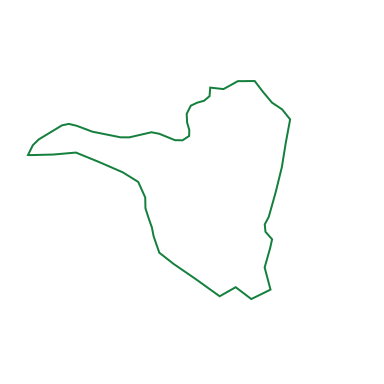 outline of Samux, rotated 329°
{"feature_id": "AZE-1686", "entity_name": "Samux", "entity_type": "District", "adm_level": 1, "iso_a3": "AZE", "parent_name": "Azerbaijan", "parent_adm1": "", "projection": "mercator", "projection_center": [46.434, 40.941], "detail": "fine", "context": "isolated", "style": "outline", "palette": "green", "viewbox_px": 384, "rotation_deg": 329, "n_neighbors": 0, "source": "natural_earth", "source_scale": "10m", "svg_char_len": 835}
<svg xmlns="http://www.w3.org/2000/svg" viewBox="0 0 384 384"><g transform="rotate(329 192 192)"><path d="M249.3,120.0L256.4,118.9L261.4,111.9L272.0,120.0L288.4,120.6L302.9,129.2L304.4,142.6L306.6,156.6L311.8,167.6L313.5,180.3L297.4,198.5L281.7,217.1L263.4,235.5L244.8,253.0L237.7,257.2L234.5,263.9L236.3,273.8L229.9,280.5L215.4,294.1L209.0,316.1L187.7,314.3L180.4,296.1L162.0,295.6L149.9,267.6L139.1,244.0L132.7,227.2L136.3,210.2L139.3,201.9L141.1,193.2L143.7,182.0L149.1,172.6L151.1,155.7L142.8,139.5L128.1,118.9L112.8,98.4L92.5,88.5L72.4,77.1L70.5,75.8L79.7,69.9L87.8,68.0L114.9,67.9L121.5,70.2L127.2,75.8L137.7,89.0L159.0,108.4L166.5,112.9L188.0,119.9L193.9,125.2L204.1,138.8L210.5,142.8L218.4,142.5L221.6,137.5L223.6,129.9L227.7,122.3L235.4,117.4L242.4,118.1L249.3,120.0Z" fill="none" stroke="#15803d" stroke-width="2"/></g></svg>